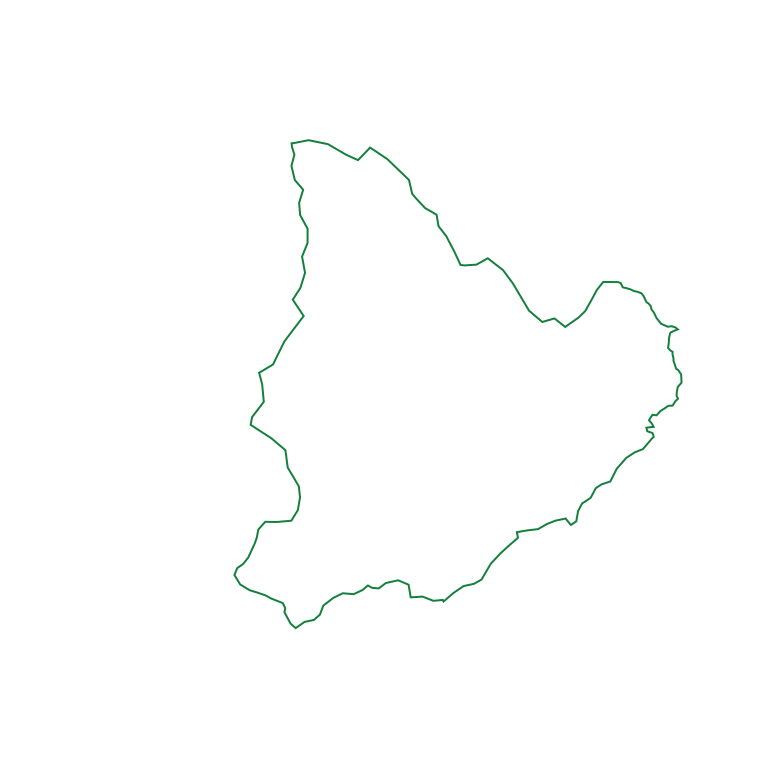 the district of Statos Agios Fotios, Paphos, Cyprus, rotated 44°
{"feature_id": "46923920B39520008883150", "entity_name": "Statos Agios Fotios", "entity_type": "district", "adm_level": 2, "iso_a3": "CYP", "parent_name": "Cyprus", "parent_adm1": "Paphos", "projection": "orthographic", "projection_center": [32.607, 34.88], "detail": "fine", "context": "isolated", "style": "outline", "palette": "green", "viewbox_px": 768, "rotation_deg": 44, "n_neighbors": 0, "source": "geoboundaries", "source_scale": "gbopen_adm2", "svg_char_len": 2481}
<svg xmlns="http://www.w3.org/2000/svg" viewBox="0 0 768 768"><g transform="rotate(44 384 384)"><path d="M481.6,148.1L470.8,158.3L471.8,168.6L475.0,179.8L478.1,191.9L477.8,201.1L474.7,217.1L461.1,218.4L454.8,229.4L437.4,230.5L406.8,222.1L390.6,219.4L371.3,221.5L367.6,233.9L359.8,242.5L356.4,245.2L342.6,239.9L326.1,234.4L313.6,232.6L304.2,225.7L291.4,228.9L279.1,228.3L272.1,227.6L260.3,219.9L246.2,219.9L230.3,219.9L219.6,221.8L209.8,223.6L209.8,241.0L197.1,245.5L177.1,250.4L160.4,261.0L151.8,273.3L150.3,275.0L153.1,277.4L160.3,281.3L165.9,291.4L178.1,299.2L190.9,300.4L197.1,312.6L206.3,320.7L221.2,325.4L231.0,335.6L236.6,349.3L250.0,358.9L257.1,372.9L259.8,386.7L279.0,390.9L282.7,422.3L290.6,447.1L286.4,462.7L296.5,468.8L309.9,480.3L312.1,499.4L316.4,506.0L340.7,501.3L359.1,500.1L372.8,511.0L393.7,516.7L402.4,523.9L409.6,534.5L412.3,546.7L402.5,558.0L394.3,565.6L394.7,576.0L399.3,583.0L401.9,588.8L406.9,603.2L407.7,611.3L406.3,618.5L409.1,625.3L412.6,626.2L419.7,628.1L430.6,625.7L437.6,622.1L445.8,618.3L451.8,616.7L463.4,611.9L468.7,613.9L470.9,617.3L483.3,621.3L490.1,620.9L492.1,610.3L497.5,602.4L498.1,594.4L494.3,585.6L496.1,573.2L499.7,563.2L508.2,556.2L511.6,547.3L512.4,540.1L517.0,538.9L522.2,534.7L523.6,525.9L530.5,515.4L541.1,511.3L551.4,518.9L559.5,510.1L570.1,505.7L576.3,498.5L577.9,499.1L578.0,498.3L579.1,486.3L581.6,474.1L587.5,465.3L590.0,456.9L585.7,439.3L585.4,425.3L586.3,411.5L587.2,401.5L582.5,398.3L588.2,390.5L595.6,381.4L598.4,371.7L602.2,363.3L608.1,354.6L616.3,355.6L616.7,354.0L617.7,349.2L611.9,340.6L609.5,332.4L611.7,322.3L608.7,311.7L610.3,304.9L614.5,296.9L610.3,283.2L609.6,268.8L611.8,259.1L615.5,250.9L614.6,237.1L614.7,234.7L613.4,233.8L611.1,232.8L606.2,235.1L603.1,233.2L605.6,230.0L607.7,227.6L604.1,226.4L599.8,226.0L599.7,225.8L598.5,219.7L601.8,217.2L601.6,211.4L603.0,205.8L603.6,202.3L606.6,199.1L605.6,194.0L605.7,190.3L602.5,189.1L600.1,186.2L597.5,182.3L597.5,182.2L597.4,182.1L597.1,176.4L594.4,173.8L591.1,170.7L585.8,169.6L583.6,170.1L576.0,166.1L574.4,164.4L571.0,162.3L569.3,160.4L566.4,161.0L563.2,160.6L560.1,156.3L557.4,153.4L554.8,149.2L554.7,149.0L554.5,147.5L555.5,144.9L557.4,140.6L554.3,140.9L550.8,142.6L548.3,145.7L541.5,148.2L534.1,147.2L528.5,145.1L524.8,144.6L522.0,142.8L518.5,142.3L516.0,142.8L513.1,141.8L510.4,140.7L508.8,140.3L506.2,139.9L502.1,141.7L499.2,143.5L495.6,144.7L492.1,146.5L488.6,148.6L484.3,147.0L482.2,147.8L481.6,148.1Z" fill="none" stroke="#15803d" stroke-width="2"/></g></svg>